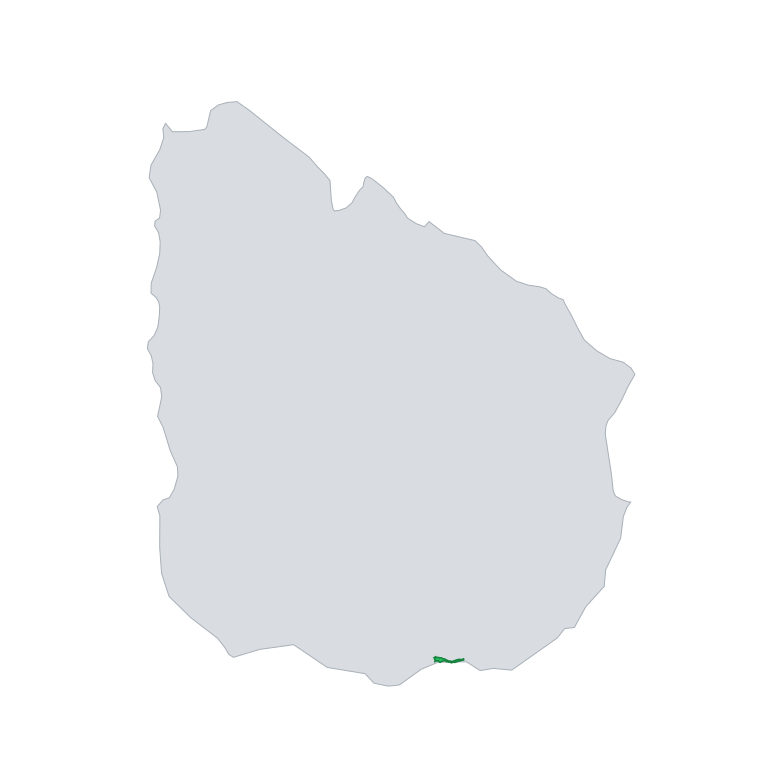 La Floresta, Canelones, Uruguay shown in context, rotated 351°
{"feature_id": "84410073B52381986459854", "entity_name": "La Floresta", "entity_type": "district", "adm_level": 2, "iso_a3": "URY", "parent_name": "Uruguay", "parent_adm1": "Canelones", "projection": "equal_earth", "projection_center": [-55.562, -34.763], "detail": "fine", "context": "in_parent", "style": "filled", "palette": "green", "viewbox_px": 768, "rotation_deg": 351, "n_neighbors": 0, "source": "geoboundaries", "source_scale": "gbopen_adm2", "svg_char_len": 4438}
<svg xmlns="http://www.w3.org/2000/svg" viewBox="0 0 768 768"><g transform="rotate(351 384 384)"><path d="M609.2,539.2L604.6,543.8L599.6,552.5L593.6,573.4L573.9,602.2L569.8,618.4L548.7,635.3L533.9,654.3L524.2,653.8L515.5,661.9L465.4,686.6L447.5,682.0L434.2,682.1L421.8,671.2L393.7,667.3L376.0,671.6L352.3,683.6L345.1,683.4L340.0,682.8L327.1,677.8L320.1,667.2L283.5,655.0L253.9,627.3L219.2,626.7L192.5,630.4L188.4,626.7L185.6,619.6L180.0,609.3L156.8,584.8L138.5,560.3L134.7,536.3L136.9,510.2L142.0,479.2L140.9,469.5L147.6,463.9L154.2,462.8L160.5,454.8L166.1,442.6L167.0,433.4L162.4,416.3L159.1,392.5L155.3,380.6L162.5,361.8L162.7,352.6L158.4,344.6L157.2,336.3L159.0,327.9L158.6,319.7L155.8,311.9L157.8,305.4L164.5,300.2L169.5,292.4L172.7,281.7L174.4,273.6L174.4,268.0L172.3,262.8L168.1,257.8L169.9,247.9L177.8,233.1L182.9,220.0L185.2,208.5L185.0,199.2L182.2,192.2L183.3,187.4L188.3,184.9L190.5,177.4L189.6,158.9L184.3,143.5L188.1,131.4L199.3,117.3L205.1,106.0L205.5,97.3L209.0,92.4L214.5,101.7L230.5,104.2L246.7,104.5L249.3,102.2L255.5,86.9L263.9,82.5L272.9,81.4L282.9,82.1L293.5,92.3L323.6,125.3L345.6,148.3L352.3,159.1L358.1,167.2L362.5,174.7L360.7,194.3L361.0,202.9L362.0,205.3L367.0,205.5L374.4,204.1L380.7,200.0L385.6,193.7L390.4,188.6L394.2,185.8L395.6,181.7L397.8,177.4L400.1,176.4L404.5,179.6L414.7,190.8L422.6,201.1L424.6,207.1L427.6,213.2L430.9,218.6L433.2,223.8L440.8,230.6L448.6,235.0L453.9,230.6L467.1,244.7L496.3,256.6L501.6,263.7L506.6,273.9L516.8,289.3L530.8,303.2L542.1,309.0L553.0,312.3L559.1,315.4L563.2,320.7L569.8,326.4L574.0,328.5L575.4,333.6L579.6,344.8L584.0,358.9L588.8,372.0L599.3,384.5L611.2,394.3L623.5,399.8L630.4,406.7L633.3,413.8L624.9,424.3L615.8,437.6L607.7,448.0L599.4,455.3L596.6,460.3L594.7,468.0L594.5,509.1L593.7,524.3L594.2,528.4L595.4,531.1L600.5,535.2L606.7,538.6L609.2,539.2Z" fill="#d9dde1" stroke="#a8b0b8" stroke-width="1"/><path d="M390.8,666.0L391.0,665.9L391.3,665.8L391.4,665.7L391.5,665.7L391.8,665.6L392.0,665.6L392.3,665.6L392.5,665.5L392.8,665.6L393.0,665.6L393.3,665.6L393.5,665.7L393.8,665.7L393.8,665.8L394.0,665.8L393.9,665.9L394.0,665.9L394.1,666.0L394.3,666.0L394.5,666.1L394.7,666.3L394.8,666.4L394.9,666.5L395.0,666.6L395.0,666.8L395.0,667.0L395.3,667.3L395.5,667.4L395.5,667.5L395.8,667.7L396.0,667.7L396.3,667.5L396.6,667.4L396.9,667.3L397.0,667.3L397.1,667.2L397.3,667.2L397.5,667.1L397.8,667.0L398.0,667.0L398.2,666.9L398.3,666.9L398.5,666.9L398.8,666.8L399.0,666.8L399.3,666.8L399.5,666.8L399.8,666.8L400.1,666.8L400.3,666.8L400.5,666.8L400.8,666.9L400.9,667.0L401.0,667.0L401.3,667.2L401.7,667.4L401.8,667.4L401.9,667.5L402.0,667.6L402.3,667.7L402.3,667.8L402.3,668.0L402.5,668.1L402.8,668.2L403.0,668.2L403.1,668.3L403.3,668.3L403.5,668.3L403.8,668.3L404.0,668.4L404.2,668.5L404.3,668.5L404.5,668.8L404.6,669.0L404.8,669.0L405.1,669.0L405.3,668.9L405.4,669.0L405.5,669.0L405.9,669.2L406.0,669.2L406.1,669.3L406.3,669.4L406.4,669.5L406.5,669.6L406.6,669.8L406.8,669.8L407.0,669.8L407.2,670.0L407.3,670.0L407.3,669.9L407.5,669.9L407.8,669.8L408.0,669.7L408.3,669.7L408.5,669.6L408.8,669.6L409.0,669.6L409.3,669.6L409.5,669.5L409.8,669.6L410.0,669.8L410.0,670.0L410.3,670.1L410.5,670.1L410.8,670.0L411.0,670.0L411.5,669.9L411.8,669.8L412.0,669.8L412.2,669.7L412.3,669.7L412.5,669.7L412.8,669.7L413.0,669.6L413.3,669.6L413.5,669.5L413.8,669.5L414.0,669.5L414.4,669.5L414.5,669.4L414.8,669.4L415.0,669.3L415.4,669.3L415.6,669.3L415.7,669.2L415.8,669.2L416.0,669.2L416.4,669.2L416.5,669.3L416.6,669.2L416.8,669.2L417.1,669.1L417.3,669.1L417.5,669.1L417.8,669.0L418.0,669.0L418.5,669.1L418.8,669.1L419.0,669.1L419.3,669.1L419.5,669.1L419.6,668.9L419.7,668.7L419.7,668.4L419.7,668.2L419.6,667.9L418.9,668.0L418.5,668.3L418.2,668.4L416.0,667.9L415.5,667.9L415.0,667.7L414.4,667.7L413.6,667.7L412.2,667.9L410.3,668.3L409.7,668.4L409.2,668.5L408.6,668.7L408.3,668.8L407.9,668.6L407.2,668.5L405.5,667.8L404.9,667.9L404.7,667.7L404.2,667.6L403.7,667.2L403.1,666.7L402.3,666.2L401.8,665.7L401.3,665.3L401.0,665.1L400.5,665.0L400.0,664.7L399.5,664.7L399.0,664.4L398.5,663.9L398.2,663.6L397.7,663.4L396.6,663.3L395.8,663.2L395.4,662.7L395.1,662.5L393.5,662.4L393.2,662.6L392.9,662.3L392.7,662.1L392.6,661.8L392.5,661.6L392.5,661.4L392.2,661.4L392.0,661.5L391.2,662.0L390.5,662.3L390.8,662.6L391.0,662.9L391.0,663.2L390.9,663.6L390.9,663.9L391.1,664.1L391.4,664.5L391.5,664.7L391.4,665.0L391.2,665.2L390.9,665.5L390.8,666.0Z" fill="#22c55e" stroke="#15803d" stroke-width="1.5"/></g></svg>